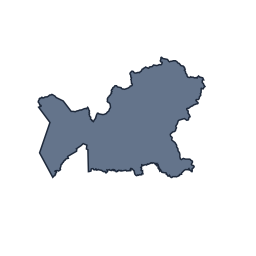 Trojes, El Paraíso, Honduras (Albers equal-area conic projection), rotated 330°
{"feature_id": "27666195B23836678424083", "entity_name": "Trojes", "entity_type": "district", "adm_level": 2, "iso_a3": "HND", "parent_name": "Honduras", "parent_adm1": "El Paraíso", "projection": "albers", "projection_center": [-85.831, 14.051], "detail": "fine", "context": "isolated", "style": "filled", "palette": "slate", "viewbox_px": 256, "rotation_deg": 330, "n_neighbors": 0, "source": "geoboundaries", "source_scale": "gbopen_adm2", "svg_char_len": 5887}
<svg xmlns="http://www.w3.org/2000/svg" viewBox="0 0 256 256"><g transform="rotate(330 128 128)"><path d="M38.2,133.1L39.9,132.5L40.9,132.6L41.1,132.2L41.9,132.1L42.4,131.1L43.8,130.8L44.1,130.0L43.2,128.9L43.6,128.7L45.4,129.4L46.3,130.5L48.5,130.4L48.9,130.0L48.9,129.1L50.4,127.9L51.7,126.3L52.0,126.1L52.5,126.3L53.9,125.4L54.9,125.3L55.6,124.6L56.0,124.7L57.1,124.2L57.6,124.4L58.3,123.9L59.6,123.8L60.2,124.1L60.8,124.0L60.8,124.3L61.2,124.4L61.5,122.4L71.8,122.4L72.0,121.9L72.7,121.4L73.0,120.8L72.9,120.2L78.5,119.8L81.4,119.1L83.8,122.3L81.5,125.3L82.4,126.8L71.9,146.0L73.2,146.5L74.5,146.7L75.5,145.2L76.4,145.2L77.4,145.7L77.4,146.8L77.7,147.3L78.9,147.8L79.6,147.4L80.0,148.0L79.6,148.5L79.9,148.9L81.7,149.2L81.8,149.6L84.1,151.6L84.2,152.3L85.0,153.6L85.9,153.8L86.4,154.2L86.2,155.3L86.5,155.9L88.5,155.5L88.8,154.2L89.1,154.7L89.7,154.3L90.2,154.6L91.0,154.7L91.0,155.2L92.1,156.4L92.7,156.7L93.3,156.2L94.1,156.4L94.1,157.1L94.8,156.9L95.3,157.3L95.5,157.8L94.9,158.2L95.9,159.2L95.9,160.0L97.1,160.3L97.5,160.2L97.7,159.9L98.6,160.3L99.0,160.0L100.3,161.6L100.8,161.3L101.2,162.1L104.9,163.4L105.2,163.7L105.2,164.4L107.9,165.7L108.4,165.4L109.0,166.3L109.6,165.9L109.9,164.5L110.2,164.4L111.1,165.2L111.6,167.5L111.9,167.9L110.9,171.2L111.2,173.0L111.8,173.7L112.9,173.5L113.3,174.1L114.8,174.2L115.1,174.7L115.8,174.9L116.4,175.3L117.0,174.6L118.0,175.2L118.2,174.8L117.9,174.2L118.4,173.8L119.3,172.1L118.7,172.0L118.2,171.5L118.2,171.2L118.7,170.7L118.9,170.2L119.7,169.6L119.4,168.5L120.7,168.3L121.5,166.8L122.5,168.1L123.1,168.0L123.4,168.2L124.5,168.3L125.5,169.3L126.2,169.0L126.6,169.3L127.0,169.0L127.8,169.7L129.0,169.6L129.8,169.9L130.5,169.6L131.0,169.9L131.2,170.6L132.3,170.6L132.9,171.2L133.2,171.9L134.9,173.0L133.6,173.1L134.0,174.4L134.5,174.7L135.5,174.6L135.7,174.8L135.6,175.3L134.6,175.6L135.2,176.1L135.2,177.1L134.8,177.3L134.4,177.2L134.0,177.6L134.1,178.0L134.9,178.2L135.1,178.5L134.9,179.3L134.2,179.3L134.2,179.7L135.1,179.8L135.3,180.2L134.6,180.5L134.1,181.0L134.0,181.3L134.9,181.3L135.4,182.0L135.2,182.4L135.2,183.2L136.0,184.0L136.6,184.3L136.8,184.7L138.5,185.8L138.5,186.4L138.0,187.0L138.2,187.5L138.6,187.6L138.5,189.5L138.7,189.8L140.3,189.6L140.3,190.0L140.0,190.2L140.0,190.7L140.7,192.5L141.3,192.8L142.5,192.5L143.7,193.3L144.7,193.7L145.3,194.4L147.4,194.8L148.1,194.5L148.8,194.9L149.5,194.1L151.2,194.8L151.3,194.3L151.9,193.8L155.4,192.8L157.1,192.8L158.5,193.8L159.2,194.0L159.6,194.5L160.1,193.7L160.5,193.6L160.4,195.0L161.1,196.6L161.1,197.4L161.6,197.8L162.1,197.4L163.0,195.5L163.9,195.4L165.5,194.9L165.9,194.6L166.0,193.4L164.9,192.3L164.7,191.3L165.0,190.9L166.7,189.9L167.2,188.9L166.3,187.3L166.2,186.4L165.8,185.8L162.2,183.7L160.7,182.0L158.4,182.0L157.9,181.0L158.5,178.8L159.5,177.2L160.1,175.5L160.2,174.9L159.9,172.9L160.9,170.7L160.6,168.8L161.5,167.2L161.4,164.1L159.9,160.4L160.2,159.6L161.4,158.5L161.4,157.7L160.8,156.6L161.3,154.8L161.8,154.4L164.7,153.8L166.6,154.3L167.8,154.0L168.9,152.8L170.1,152.1L170.1,150.7L170.4,150.2L172.8,149.0L174.8,147.1L175.5,146.8L176.4,146.8L181.5,148.0L182.8,150.7L184.4,151.1L186.0,149.4L186.5,149.2L187.1,149.4L187.4,149.3L187.7,147.2L187.4,145.3L188.6,143.4L188.1,141.5L188.3,140.9L188.7,140.6L189.3,140.6L190.1,141.3L192.8,140.9L194.1,140.9L194.9,141.2L196.3,140.8L198.0,141.2L199.1,141.3L200.4,141.8L200.8,141.7L201.2,141.4L201.3,140.8L200.7,139.3L200.6,138.2L200.8,137.8L201.8,137.7L202.7,138.4L203.5,138.5L204.6,137.8L205.6,136.6L207.2,136.2L207.6,135.6L207.9,134.4L208.9,134.0L211.2,130.3L211.6,130.4L212.2,131.4L212.8,131.7L213.9,130.8L215.4,130.6L215.2,128.6L215.5,127.2L215.0,125.8L216.3,123.8L216.9,123.7L217.6,124.1L217.8,121.9L215.5,119.6L215.1,118.2L213.2,118.9L212.9,119.2L212.4,118.8L212.3,118.4L211.8,118.4L210.5,117.7L209.8,116.5L208.2,115.7L208.0,115.0L206.8,115.2L205.4,114.1L205.1,112.9L205.7,111.0L205.3,109.4L205.9,108.2L206.0,106.6L205.8,106.1L206.9,105.7L206.9,104.6L207.1,104.2L206.8,103.7L207.1,103.2L206.8,102.0L205.1,100.5L204.6,97.6L203.8,96.8L203.5,95.0L202.7,93.5L200.8,92.4L199.3,92.1L198.1,91.5L197.0,91.4L196.6,90.5L196.6,89.3L196.3,88.2L192.9,85.2L192.5,83.7L192.2,83.4L191.5,83.7L191.0,84.8L189.5,86.0L189.5,87.1L190.4,88.1L190.4,88.4L189.2,89.5L188.2,89.8L186.7,88.7L185.5,88.7L184.1,88.3L181.6,86.2L179.7,86.9L177.1,85.9L176.2,86.5L175.5,86.5L173.7,84.0L172.8,84.2L171.0,84.1L170.5,84.5L169.6,84.2L167.9,85.4L166.8,85.3L165.7,85.8L164.5,84.9L162.8,84.5L161.6,84.0L160.9,83.1L160.9,81.8L160.2,81.0L159.6,80.7L157.4,81.4L156.8,82.0L156.7,82.6L156.8,83.4L155.9,85.5L156.1,86.3L154.7,87.5L154.7,88.3L153.3,91.3L153.7,92.1L153.2,92.9L152.3,93.3L150.9,92.8L150.2,93.3L148.2,93.5L144.4,92.8L143.3,91.8L142.7,91.5L142.1,90.4L142.2,89.6L139.5,87.3L139.3,86.8L139.2,85.7L138.5,85.2L137.7,84.9L136.5,85.5L135.1,85.5L134.0,86.6L133.4,86.4L132.3,87.2L132.1,87.6L132.3,88.4L131.3,88.8L131.0,89.8L129.9,90.0L129.2,90.6L127.9,90.8L126.8,91.5L126.0,91.5L124.5,92.6L124.4,93.4L123.3,94.6L123.5,95.6L123.8,96.2L124.2,96.3L124.4,97.6L124.4,98.4L123.8,100.0L123.0,101.6L121.5,102.3L119.9,103.7L117.8,104.0L116.5,104.6L114.1,104.3L112.9,103.8L110.4,101.7L109.8,101.1L109.6,100.3L108.9,99.9L106.9,101.2L106.2,102.1L105.4,102.5L105.0,103.3L102.8,104.2L101.2,105.2L100.9,104.8L100.8,103.9L100.3,103.4L100.7,102.7L100.0,101.6L101.1,100.0L100.6,98.6L101.2,97.4L101.2,96.5L102.1,96.0L102.1,95.0L102.9,94.3L103.2,93.8L103.1,92.1L103.5,91.3L103.4,89.9L101.5,90.5L101.0,89.8L99.6,89.4L96.7,89.1L95.1,88.3L93.6,88.2L92.3,87.7L90.4,87.5L89.1,86.4L87.1,85.2L85.4,72.2L81.0,65.7L80.7,63.9L79.3,61.4L78.8,60.8L78.0,60.9L76.6,60.3L74.4,60.7L73.4,60.6L72.7,60.1L71.4,59.6L70.9,59.8L69.3,59.5L68.8,58.3L67.2,58.6L66.8,58.2L66.4,58.5L65.9,58.3L65.6,58.8L63.9,59.8L63.3,60.5L63.2,61.0L63.5,62.2L63.2,63.4L63.4,63.9L63.1,64.4L63.9,65.0L63.8,65.5L63.5,65.7L61.0,65.3L63.2,84.2L39.0,105.3L38.2,133.1Z" fill="#64748b" stroke="#1e293b" stroke-width="1.5"/></g></svg>